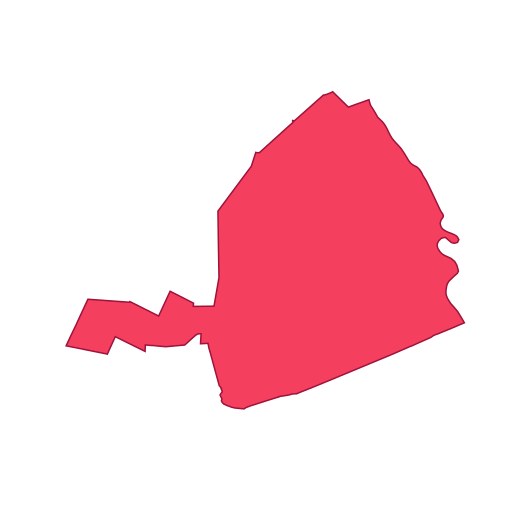 Jirlau, Braila, Romania, rotated 260°
{"feature_id": "2599482B33661790192298", "entity_name": "Jirlau", "entity_type": "district", "adm_level": 2, "iso_a3": "ROU", "parent_name": "Romania", "parent_adm1": "Braila", "projection": "mercator", "projection_center": [27.193, 45.161], "detail": "fine", "context": "isolated", "style": "filled", "palette": "rose", "viewbox_px": 512, "rotation_deg": 260, "n_neighbors": 0, "source": "geoboundaries", "source_scale": "gbopen_adm2", "svg_char_len": 3028}
<svg xmlns="http://www.w3.org/2000/svg" viewBox="0 0 512 512"><g transform="rotate(260 256 256)"><path d="M208.3,452.6L212.0,452.2L216.2,450.7L219.8,447.6L222.2,444.2L223.5,442.2L224.5,441.0L225.5,439.8L228.3,437.9L232.0,436.4L234.8,436.2L236.8,436.8L239.3,438.7L241.2,441.5L241.5,444.4L241.4,445.6L240.4,446.6L238.1,448.4L235.3,450.8L234.4,452.7L234.1,454.1L234.4,456.8L236.9,458.6L239.3,457.8L240.8,457.0L242.6,454.9L244.1,452.7L246.0,449.4L247.5,447.3L249.5,445.1L250.8,444.1L253.0,443.2L256.1,443.0L259.0,444.3L261.5,446.7L261.9,447.1L263.3,447.5L264.9,447.2L268.2,445.7L273.6,444.2L282.4,441.8L285.1,441.1L287.6,440.4L300.3,436.8L302.1,436.1L303.9,435.4L306.2,434.4L308.9,433.7L311.2,432.8L312.0,432.5L314.1,431.2L315.8,429.8L317.3,427.8L318.9,425.9L320.5,424.5L322.5,423.4L324.9,422.3L325.7,422.1L327.7,421.3L332.0,419.6L336.5,417.6L340.6,415.1L343.6,413.1L346.3,411.5L348.8,410.2L352.0,409.0L355.4,408.0L359.6,406.8L363.3,405.4L366.1,403.9L369.2,401.7L371.7,399.9L376.3,398.3L380.7,396.6L384.2,395.1L385.8,394.8L386.4,394.7L390.3,394.4L388.1,381.3L386.6,372.8L404.5,360.0L403.6,357.6L403.7,357.4L402.9,353.6L402.7,351.2L402.8,350.3L382.4,317.2L383.1,315.6L382.9,315.5L382.1,315.5L381.2,315.7L378.5,311.3L357.2,277.3L357.6,274.8L358.1,273.8L345.8,267.3L345.1,266.9L337.0,258.3L335.6,256.8L315.1,235.1L310.3,230.0L308.0,227.6L306.8,226.3L287.6,223.2L279.0,221.8L274.1,221.0L241.2,215.8L213.9,205.9L216.8,188.2L216.9,187.5L217.3,185.5L220.4,186.3L236.2,165.3L213.8,149.7L232.8,124.2L233.0,123.8L232.4,123.5L242.6,83.0L242.5,82.9L231.1,74.9L221.3,68.1L221.2,68.1L212.0,61.5L211.9,61.4L200.7,53.5L200.5,53.4L185.4,92.1L185.1,92.5L201.0,103.4L181.3,130.2L187.6,131.6L185.8,138.3L185.8,138.8L184.0,145.1L182.3,151.5L181.4,162.4L180.7,170.4L183.8,175.3L186.2,179.1L188.2,182.4L189.0,184.0L189.3,185.5L189.2,187.1L188.9,188.4L179.2,186.1L178.3,193.5L176.5,193.6L173.8,193.6L168.4,194.2L157.3,195.2L134.6,197.3L133.4,198.1L132.4,198.6L131.8,199.0L131.6,198.6L128.1,199.2L126.3,197.2L125.5,196.5L124.6,196.6L123.6,196.9L121.6,197.6L120.6,197.4L120.0,197.0L119.3,196.8L118.0,197.2L117.6,197.3L117.2,197.6L116.7,197.9L116.1,198.6L115.5,198.8L114.8,200.2L114.2,200.8L113.5,201.8L113.1,202.8L111.6,205.2L110.1,208.5L108.8,213.0L107.5,217.6L108.0,218.8L108.5,219.9L108.7,221.1L109.3,224.0L109.5,225.4L109.8,228.0L110.8,234.9L110.8,235.3L111.4,239.5L111.7,241.7L113.1,252.5L113.1,253.7L113.3,253.7L113.6,254.1L113.4,262.0L113.5,265.7L113.8,267.1L113.5,270.7L113.2,271.9L114.0,275.1L116.6,287.8L117.0,289.5L119.4,300.6L135.9,374.6L140.3,392.7L140.2,392.9L145.5,414.1L146.6,416.5L146.8,416.9L147.5,419.8L147.6,421.2L148.4,424.5L149.1,427.8L151.6,439.2L152.8,444.2L153.5,447.4L153.6,447.7L154.0,449.6L154.3,449.5L155.5,449.1L158.8,447.9L160.8,447.1L164.9,445.5L166.0,445.1L169.7,443.0L170.4,442.6L171.4,442.0L175.6,439.4L180.8,437.3L184.1,436.6L186.2,436.6L189.5,437.2L193.4,438.6L195.6,439.8L197.6,441.5L200.5,445.7L202.2,448.3L203.9,451.2L205.9,452.7L206.6,452.7L208.3,452.6Z" fill="#f43f5e" stroke="#9f1239" stroke-width="1.5"/></g></svg>